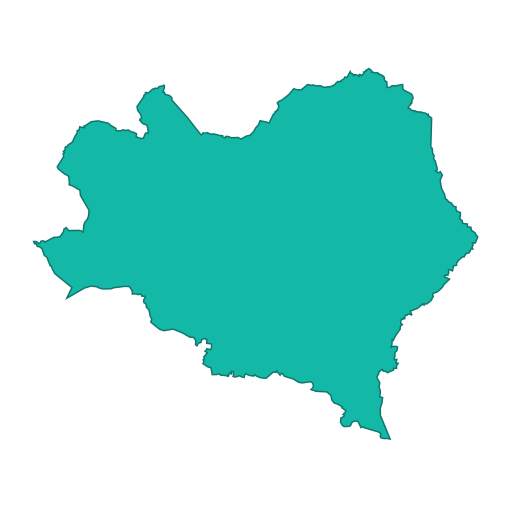 outline of Borabue, Maha Sarakham, Thailand, rotated 269°
{"feature_id": "78962969B23742076953899", "entity_name": "Borabue", "entity_type": "district", "adm_level": 2, "iso_a3": "THA", "parent_name": "Thailand", "parent_adm1": "Maha Sarakham", "projection": "natural_earth1", "projection_center": [103.135, 16.006], "detail": "fine", "context": "isolated", "style": "filled", "palette": "teal", "viewbox_px": 512, "rotation_deg": 269, "n_neighbors": 0, "source": "geoboundaries", "source_scale": "gbopen_adm2", "svg_char_len": 6061}
<svg xmlns="http://www.w3.org/2000/svg" viewBox="0 0 512 512"><g transform="rotate(269 256 256)"><path d="M422.6,296.7L416.6,291.4L411.5,284.6L410.4,281.9L408.7,279.9L405.7,281.4L401.9,280.5L401.8,279.7L400.1,278.8L400.2,277.9L397.3,276.4L397.4,275.8L388.6,271.3L389.7,269.0L391.2,262.4L387.3,260.9L384.2,258.0L380.6,255.9L376.8,252.2L376.1,248.5L373.1,243.0L374.8,240.1L374.7,233.3L375.9,230.5L376.1,227.8L374.7,227.2L375.7,224.5L376.9,224.7L377.0,222.4L378.9,215.5L378.5,214.7L378.8,211.9L380.2,209.6L379.7,207.7L380.0,205.1L378.5,204.4L378.3,202.9L395.8,189.7L413.6,174.4L415.0,174.8L416.6,173.9L418.0,172.1L419.2,168.0L421.3,167.2L421.5,165.8L425.9,167.3L427.7,167.4L428.4,166.8L427.8,166.0L427.1,162.3L425.2,160.2L425.5,158.1L424.5,155.3L421.0,151.5L421.4,148.3L419.6,148.3L418.7,146.7L417.3,146.6L407.4,139.6L403.6,140.3L399.4,143.3L397.2,143.8L396.0,144.0L394.8,142.3L393.5,142.3L393.0,143.3L392.4,143.2L390.1,145.4L389.0,149.0L385.6,150.1L380.9,150.4L380.8,147.7L375.6,145.4L375.7,141.9L377.4,138.2L380.2,138.7L381.9,135.8L382.1,133.8L384.4,130.3L383.7,128.7L384.5,125.2L383.4,122.5L383.8,118.3L386.1,118.1L388.9,113.4L391.3,110.7L393.9,100.3L393.1,93.5L389.1,87.4L389.1,86.5L387.3,86.8L388.2,82.0L384.9,81.4L384.5,79.4L381.8,79.3L379.1,77.2L373.2,74.5L370.3,70.1L368.6,69.2L368.7,67.7L367.6,67.0L365.2,66.9L364.0,65.2L363.0,66.1L362.2,66.1L361.9,65.0L358.7,65.4L348.6,58.8L346.4,59.9L341.2,66.3L339.6,69.4L338.4,70.1L333.1,70.7L330.5,70.4L329.5,73.4L324.9,81.1L319.6,81.5L304.6,89.9L298.7,89.2L295.5,87.9L293.0,85.6L289.9,84.4L282.8,83.6L284.2,81.6L284.7,79.5L284.7,69.0L287.7,66.8L286.2,64.5L283.6,63.9L279.0,60.6L278.3,58.4L278.1,54.0L273.7,45.3L274.9,43.7L274.6,41.3L272.5,40.1L272.3,39.4L274.3,36.6L274.4,33.9L272.0,34.9L272.1,36.6L269.4,37.5L269.1,39.6L267.0,42.2L260.0,44.5L259.4,46.0L258.1,47.0L249.7,50.1L249.4,51.3L246.4,52.2L241.8,54.7L227.7,71.4L217.1,66.1L226.9,83.8L228.9,90.6L228.0,96.2L226.6,98.9L225.7,102.8L225.8,110.4L226.8,113.5L227.9,123.7L227.8,128.2L227.3,129.1L223.2,131.7L220.1,131.7L220.2,135.6L219.4,137.4L220.1,140.1L217.8,141.2L217.7,144.1L216.7,144.6L213.9,142.9L211.5,143.0L209.7,145.4L206.8,145.5L203.8,148.1L197.2,149.3L194.9,150.6L191.7,149.7L184.5,158.2L182.9,162.6L184.4,171.8L180.3,181.3L176.0,188.5L175.8,192.0L172.5,194.4L168.5,194.0L167.2,195.4L169.8,196.8L170.6,199.5L173.4,200.3L174.5,203.5L173.6,204.3L173.3,205.5L169.5,205.2L169.0,209.6L166.5,210.2L163.1,209.0L164.2,205.3L163.2,205.0L161.6,203.3L160.2,205.7L156.0,202.1L153.9,202.5L153.0,201.3L151.7,202.2L149.3,201.1L146.0,205.9L145.0,209.1L138.2,210.1L138.1,214.5L138.9,217.4L137.6,218.2L136.9,224.1L136.1,226.1L137.2,226.7L137.5,226.2L139.4,227.7L138.6,229.2L141.2,229.4L140.6,231.4L138.4,231.1L137.6,231.7L136.0,230.9L135.5,232.0L135.6,234.4L136.6,237.3L135.3,239.7L134.8,242.1L137.0,242.4L138.4,243.4L136.6,247.7L136.0,251.7L137.3,252.6L135.6,255.0L134.3,258.1L133.6,262.5L133.8,264.2L139.8,271.4L139.2,273.9L140.7,274.7L136.4,278.0L138.4,279.4L137.8,280.4L135.3,282.3L132.4,291.1L129.1,296.2L128.3,299.9L129.3,307.7L129.1,309.1L128.0,310.3L125.6,311.1L123.5,310.7L121.5,308.7L119.7,313.7L118.9,324.4L115.4,328.4L110.6,329.4L107.7,331.5L106.7,334.5L103.8,339.7L102.8,339.1L99.9,343.0L98.1,342.5L96.0,340.3L95.5,341.4L94.0,341.1L92.5,338.0L88.5,337.6L85.2,339.3L83.9,341.3L84.1,346.5L84.9,347.6L87.9,349.0L88.7,350.1L89.3,352.9L89.0,354.9L82.6,358.0L83.3,359.7L82.2,361.8L78.1,374.9L77.3,376.6L75.9,377.6L74.8,377.6L74.1,377.0L72.0,377.7L71.2,381.0L71.3,383.7L70.6,386.9L94.5,377.6L101.8,377.6L106.8,379.4L112.3,380.1L113.1,377.2L116.7,377.9L119.8,377.9L122.4,376.8L127.2,377.5L132.6,374.6L136.4,376.7L137.8,376.7L140.5,380.3L138.7,381.3L138.3,383.9L137.0,385.4L139.6,391.5L141.3,391.7L141.3,394.6L143.7,394.5L146.2,396.3L146.8,394.0L150.1,395.0L150.0,392.5L151.2,392.5L153.5,393.2L157.1,393.1L158.6,395.1L162.4,396.0L163.2,394.8L163.2,391.1L162.7,389.4L165.6,390.4L169.6,390.6L169.0,391.6L173.6,394.0L180.5,399.0L181.1,398.7L183.5,399.3L184.7,400.9L184.9,400.3L185.7,400.4L185.9,399.8L187.3,399.4L190.3,400.3L190.1,401.9L191.4,402.3L190.8,403.6L193.6,404.0L194.1,404.5L194.1,405.9L195.4,407.1L194.4,410.5L194.9,410.7L198.1,409.2L200.9,416.6L204.8,421.4L205.1,422.3L204.4,422.1L204.0,423.3L205.1,423.6L205.1,426.0L208.5,430.3L212.5,432.6L214.7,431.8L215.5,432.3L216.5,435.5L217.8,437.8L221.3,441.6L224.5,443.7L229.5,449.1L231.9,444.1L233.5,444.3L233.5,447.6L236.1,448.4L238.6,448.2L239.1,448.6L237.7,452.2L242.7,453.3L243.2,456.3L245.0,456.3L248.2,458.4L251.6,462.6L251.4,464.0L254.6,465.8L255.5,469.2L259.2,471.1L259.3,473.0L261.0,472.1L263.0,473.2L265.4,472.6L265.1,475.4L271.3,478.1L274.0,475.9L275.3,475.5L278.0,471.8L281.0,471.4L281.5,468.0L284.3,467.9L285.0,463.1L287.6,462.9L290.0,460.2L292.2,461.0L295.9,461.1L297.3,457.6L299.2,456.7L301.6,456.9L302.1,454.6L305.8,452.0L306.5,449.9L309.3,447.6L309.4,446.5L314.0,445.7L320.6,442.6L327.6,441.5L329.6,441.8L333.5,443.8L337.1,441.7L336.0,439.8L337.9,437.1L338.9,438.7L340.5,438.7L348.1,436.8L349.7,435.3L353.3,435.8L355.3,434.5L360.6,434.0L362.0,432.7L390.7,434.0L392.5,432.0L392.8,430.6L394.7,430.7L394.4,429.8L395.9,428.1L396.2,425.2L396.8,424.8L397.6,417.9L398.1,418.1L399.3,413.2L400.7,412.6L401.4,410.7L403.9,411.9L404.5,413.3L405.9,413.3L405.9,414.2L406.5,414.5L409.7,414.7L410.3,415.5L411.6,415.8L414.3,414.9L415.5,413.9L419.1,407.0L420.6,405.7L424.9,405.6L423.6,397.5L424.0,395.1L422.4,393.2L422.2,390.0L427.5,389.9L428.1,389.6L428.3,388.6L430.3,387.3L432.1,387.5L433.4,386.7L433.6,385.8L434.4,385.4L435.6,382.2L436.2,382.1L437.1,380.5L437.0,378.3L437.9,375.8L437.6,375.1L439.5,374.7L441.4,372.2L439.6,369.0L438.9,369.2L438.0,366.9L437.4,367.4L434.5,364.8L435.6,363.3L435.1,363.2L435.4,362.6L434.9,361.5L434.2,361.8L435.4,359.4L435.5,357.7L434.8,356.6L435.6,356.6L436.9,355.0L437.0,354.1L438.8,353.4L432.9,350.1L433.4,348.0L431.4,346.9L429.9,344.1L428.9,344.0L429.0,340.7L427.5,338.9L426.1,338.1L424.0,333.5L423.5,326.8L425.2,323.1L425.0,319.6L426.0,315.8L425.6,315.6L425.8,313.6L426.6,310.7L421.4,304.2L421.4,300.0L422.6,296.7Z" fill="#14b8a6" stroke="#0f766e" stroke-width="1.5"/></g></svg>